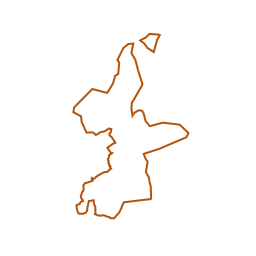 Owerri West, Imo, Nigeria (Natural Earth projection), rotated 203°
{"feature_id": "59680162B78900735102434", "entity_name": "Owerri West", "entity_type": "district", "adm_level": 2, "iso_a3": "NGA", "parent_name": "Nigeria", "parent_adm1": "Imo", "projection": "natural_earth1", "projection_center": [6.985, 5.415], "detail": "fine", "context": "isolated", "style": "outline", "palette": "amber", "viewbox_px": 256, "rotation_deg": 203, "n_neighbors": 0, "source": "geoboundaries", "source_scale": "gbopen_adm2", "svg_char_len": 2606}
<svg xmlns="http://www.w3.org/2000/svg" viewBox="0 0 256 256"><g transform="rotate(203 128 128)"><path d="M160.9,182.6L158.1,173.8L160.2,171.1L159.2,163.2L160.8,152.2L176.1,149.9L185.6,125.9L184.5,121.2L175.7,120.4L173.1,115.5L170.2,113.0L168.1,110.9L164.4,107.6L159.0,110.1L155.7,109.6L154.9,109.0L153.1,111.1L152.1,113.0L149.1,115.1L147.1,117.3L145.6,120.0L142.9,120.5L142.5,118.4L142.2,116.5L142.9,115.4L142.1,114.0L139.8,113.4L133.9,109.5L135.6,107.6L136.5,106.3L138.3,103.5L139.3,101.8L134.5,98.6L132.8,98.7L133.8,97.1L134.4,96.2L134.8,95.5L134.3,94.6L134.2,93.3L134.1,92.6L134.3,92.0L134.3,91.3L134.0,90.7L133.1,90.4L132.9,89.6L132.5,89.2L132.4,88.8L132.6,88.4L132.5,88.2L132.0,88.0L131.6,87.7L131.3,87.5L131.2,87.0L131.0,86.7L130.7,86.5L130.5,86.1L130.2,86.3L129.8,86.4L129.7,86.3L129.5,86.0L129.4,85.7L129.3,85.8L129.1,85.3L128.9,84.9L128.8,84.6L128.4,84.4L128.1,84.1L127.7,83.9L128.4,83.2L128.6,82.6L129.1,81.4L129.6,80.4L130.3,79.1L131.0,79.0L131.9,78.5L133.4,77.3L135.3,74.7L136.7,73.0L137.6,71.6L139.8,67.3L141.8,67.9L141.8,67.4L140.6,66.1L140.1,65.4L144.8,61.3L145.9,60.7L146.7,57.9L144.8,54.1L144.6,53.3L144.9,52.0L145.1,51.0L145.2,49.9L145.0,49.6L144.8,49.0L144.7,48.6L144.8,48.2L144.9,47.7L144.8,47.4L144.7,46.6L144.5,46.0L144.2,45.6L143.3,45.0L141.6,44.0L140.9,43.1L141.5,42.7L142.2,42.1L142.6,41.5L142.7,40.7L142.8,39.5L143.2,38.9L144.1,37.9L144.9,37.1L145.2,36.7L143.4,33.5L142.4,32.2L140.8,30.4L139.2,30.1L136.0,31.5L135.0,32.4L133.6,33.8L133.4,35.3L133.5,36.7L134.2,38.3L134.6,40.7L135.1,43.5L135.5,45.6L134.5,46.1L133.3,46.7L132.8,47.1L131.9,47.9L131.4,48.1L130.6,46.5L130.1,45.4L128.8,44.1L127.0,42.1L126.1,40.0L125.8,39.2L125.2,38.0L124.9,37.5L124.7,36.9L124.6,36.3L124.7,35.7L124.1,35.8L123.1,35.9L122.1,35.7L120.2,36.2L119.0,36.6L118.0,37.1L117.2,37.8L116.5,38.1L116.0,38.2L114.1,38.4L113.5,38.2L112.3,38.3L111.0,38.6L110.7,38.7L109.1,38.3L108.2,38.3L107.7,38.4L105.5,39.6L103.0,47.1L102.8,58.0L81.4,70.3L79.6,71.1L79.1,72.0L84.0,82.6L85.0,84.1L87.3,87.1L89.6,90.8L94.4,94.5L96.7,104.7L99.4,106.2L103.4,110.3L90.5,121.6L70.6,142.4L70.4,147.0L81.7,151.3L98.0,146.5L108.6,138.2L114.6,141.3L117.0,144.5L118.1,146.0L119.8,147.9L121.4,149.2L123.6,149.1L125.4,148.1L127.9,144.7L128.6,142.1L128.7,141.1L132.6,147.4L134.3,152.8L133.6,157.4L131.8,171.9L131.9,174.2L133.3,175.7L141.6,185.4L147.9,193.7L154.1,198.2L156.1,207.8L160.5,205.5L163.5,199.9L164.3,186.5L161.6,184.8L160.9,182.6ZM145.0,223.0L146.4,219.5L147.1,218.1L151.0,213.4L146.0,212.1L141.4,209.3L134.0,207.9L135.4,218.8L135.7,220.4L135.0,225.9L136.4,225.9L145.0,223.0Z" fill="none" stroke="#b45309" stroke-width="2"/></g></svg>